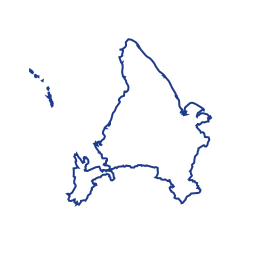 India, Albers equal-area conic projection, rotated 159°
{"feature_id": "IND", "entity_name": "India", "entity_type": "country or territory", "adm_level": 0, "iso_a3": "IND", "parent_name": "Asia", "parent_adm1": "", "projection": "albers", "projection_center": [83.514, 21.122], "detail": "fine", "context": "isolated", "style": "outline", "palette": "blue", "viewbox_px": 256, "rotation_deg": 159, "n_neighbors": 0, "source": "natural_earth", "source_scale": "50m", "svg_char_len": 5837}
<svg xmlns="http://www.w3.org/2000/svg" viewBox="0 0 256 256"><g transform="rotate(159 128 128)"><path d="M46.8,107.8L48.1,107.3L50.0,107.4L50.2,105.5L50.6,105.3L50.8,105.6L54.9,105.9L56.2,106.7L57.4,106.6L57.9,106.1L60.2,105.5L60.5,105.5L60.6,106.3L61.4,106.7L63.3,105.8L63.0,104.7L63.5,104.0L61.6,99.2L61.7,97.6L59.6,97.2L58.8,95.8L59.4,92.1L56.0,90.3L56.3,87.9L58.5,85.9L60.1,83.6L61.6,82.7L62.8,83.3L63.0,84.4L63.6,84.8L69.6,83.7L70.1,82.3L71.1,81.4L72.5,78.9L75.7,77.4L77.6,74.2L78.6,71.9L81.0,71.0L81.7,70.2L81.6,68.9L84.1,66.2L85.7,65.4L85.2,64.4L85.7,62.7L85.3,61.1L85.6,60.5L89.8,58.2L89.4,57.2L86.5,56.3L86.5,54.7L84.9,54.5L84.7,53.1L83.2,51.8L84.1,49.9L83.2,48.5L84.7,47.2L83.0,46.3L83.4,45.3L82.5,44.4L83.5,42.7L85.3,42.1L92.6,44.2L94.3,43.2L97.3,42.9L99.4,41.4L99.7,40.7L103.7,38.5L105.0,38.6L104.8,40.0L106.3,44.1L108.1,44.7L109.6,46.0L109.6,46.5L108.3,47.8L108.6,51.0L110.3,53.1L110.1,53.8L110.6,54.5L110.6,57.2L109.0,58.1L107.9,56.6L106.2,57.0L106.7,58.9L107.9,60.5L107.7,61.9L108.2,62.7L107.8,63.6L107.9,64.5L109.1,64.5L109.3,64.0L109.8,64.1L111.8,66.7L113.4,66.9L115.3,68.0L115.5,69.4L118.1,70.4L119.9,72.0L119.0,72.2L116.5,74.7L115.7,76.6L115.6,78.0L114.7,79.3L114.6,80.3L116.5,81.7L117.4,81.5L124.3,86.5L125.0,86.2L127.6,87.8L128.8,87.8L129.1,88.8L132.2,89.7L133.0,89.1L135.1,89.7L136.6,88.9L139.4,90.1L139.9,91.8L142.3,92.9L143.0,93.6L144.8,93.0L145.5,93.3L146.0,94.5L147.2,94.2L151.1,95.4L152.8,94.6L153.2,95.4L154.3,95.8L155.0,95.4L157.4,95.3L158.3,95.6L159.1,93.4L158.1,90.9L158.9,87.0L158.6,86.0L158.8,85.7L161.2,84.7L162.4,85.2L162.7,86.1L162.2,88.3L163.0,89.6L162.2,90.5L162.9,91.8L164.6,92.7L165.6,92.4L168.0,93.3L170.0,92.8L171.2,91.9L173.4,92.6L176.4,92.3L177.1,91.8L178.5,92.2L180.3,91.7L180.7,91.3L180.2,90.2L180.6,89.0L180.1,88.0L178.7,88.1L177.9,87.4L178.0,86.1L179.9,86.2L180.6,85.7L183.0,85.1L183.7,84.4L183.4,83.9L183.7,83.4L185.5,82.1L186.6,80.2L189.3,79.4L190.4,78.5L190.6,77.8L193.7,75.4L194.6,76.2L198.0,76.8L198.6,75.7L201.3,74.0L202.5,75.2L203.2,75.1L202.0,76.2L202.1,77.2L203.7,76.3L204.6,78.0L203.2,80.4L203.8,80.6L204.9,79.9L205.9,80.4L207.5,80.3L209.0,81.1L209.2,82.9L206.8,85.3L208.3,88.2L207.5,88.1L206.2,87.0L203.2,87.7L197.7,92.3L197.4,93.9L198.0,95.8L197.1,98.0L195.2,100.6L195.1,101.2L196.1,102.2L194.1,107.0L193.3,109.8L190.8,109.2L189.7,109.5L188.7,108.9L189.4,111.3L189.3,114.8L189.0,115.5L188.2,115.5L187.8,117.6L188.4,120.6L187.8,120.9L187.1,122.2L186.0,121.4L185.2,122.4L184.5,118.0L183.7,116.5L182.8,111.7L181.0,111.8L181.1,112.9L180.1,114.4L180.2,115.8L179.5,116.4L178.8,116.0L178.3,115.0L178.0,115.0L178.0,115.8L177.7,115.6L176.7,112.7L177.0,110.5L177.7,109.4L180.5,108.6L180.9,107.5L181.7,107.2L182.3,104.1L183.5,104.3L183.6,103.7L181.2,102.4L172.2,102.9L168.7,102.2L168.5,98.1L167.6,96.4L167.1,96.6L167.0,97.7L166.0,97.7L164.9,97.1L163.9,95.3L163.4,95.5L163.7,96.3L162.9,96.3L162.1,96.1L161.7,95.2L160.3,94.4L160.2,94.9L160.7,95.6L159.2,97.4L158.9,98.7L161.2,100.9L162.7,101.1L163.8,102.5L163.1,103.1L161.1,103.1L160.3,105.0L159.4,104.9L158.7,106.7L159.4,107.6L162.7,108.8L162.7,110.6L162.0,112.7L163.0,114.1L163.0,115.3L164.1,115.7L163.7,116.6L165.0,121.4L165.0,123.6L164.5,123.6L165.2,125.4L164.3,125.4L164.0,124.8L163.4,125.9L163.1,124.9L163.3,123.2L162.7,122.5L162.5,125.4L161.7,125.7L160.8,124.9L160.6,125.7L159.8,125.7L159.4,125.3L160.2,122.5L159.0,121.7L158.7,121.0L158.8,121.8L160.0,122.6L158.8,124.5L157.3,125.6L154.0,126.7L152.6,128.4L152.6,129.2L153.4,131.8L152.1,134.2L150.7,135.2L150.0,136.2L149.2,135.9L149.6,136.4L149.1,136.9L145.4,138.3L144.9,138.3L145.3,137.9L145.0,137.1L143.5,137.9L143.1,138.9L144.2,138.4L144.6,138.7L140.7,141.9L136.9,147.2L134.2,148.7L131.5,151.6L126.6,154.8L126.1,155.8L126.6,156.8L126.0,158.2L123.0,159.6L120.2,159.5L118.3,163.2L117.4,163.1L117.1,162.5L116.3,162.3L114.2,163.4L113.0,165.8L112.7,167.4L113.3,171.2L112.9,172.8L114.0,177.4L113.1,176.0L112.5,176.6L114.2,178.2L113.4,182.4L111.1,186.8L110.4,189.3L110.6,190.1L109.9,191.0L110.6,190.8L110.9,191.7L110.7,197.2L108.8,197.1L107.4,197.5L107.1,198.9L105.0,201.7L104.9,202.4L105.5,203.2L107.9,204.1L105.2,203.6L101.7,204.5L100.2,205.8L99.3,208.9L95.8,210.7L93.1,209.1L90.0,205.3L88.8,201.9L88.4,198.9L89.0,199.5L89.1,201.3L89.6,201.4L89.0,198.9L88.1,197.9L88.2,197.2L85.6,189.8L84.5,187.6L82.6,185.3L81.2,182.0L80.3,178.7L79.9,175.0L78.5,169.7L76.1,165.9L75.3,163.8L76.1,163.9L75.2,162.7L75.6,162.2L74.7,161.8L73.0,156.9L72.4,149.5L71.2,143.0L72.1,140.6L71.9,139.8L71.1,140.9L70.9,140.2L71.1,138.8L72.1,139.0L71.0,138.4L71.1,137.4L70.7,137.0L70.5,135.4L72.1,130.1L71.8,127.3L71.2,126.9L70.9,125.6L71.5,125.0L70.8,125.0L73.8,123.4L70.5,123.5L70.9,122.4L71.6,121.8L70.5,121.7L70.8,120.6L72.3,120.2L68.7,119.7L69.4,120.3L69.2,120.9L67.7,122.5L68.7,123.2L68.8,124.4L67.3,126.7L61.4,128.9L59.6,128.8L58.3,128.1L55.9,125.7L51.6,120.1L50.5,118.1L51.0,117.3L52.2,118.3L57.5,116.9L59.6,114.4L59.5,113.8L58.6,114.7L57.3,114.6L54.7,115.5L52.3,114.7L49.1,112.3L48.1,109.8L50.3,108.2L47.1,109.5L46.8,107.8ZM189.8,188.2L189.5,188.2L188.6,186.2L189.3,184.1L190.0,183.9L189.5,181.9L190.0,176.8L190.4,175.9L191.2,175.5L191.3,176.4L191.0,176.9L191.3,177.6L190.3,179.4L190.8,179.9L191.1,181.9L190.4,182.6L190.5,183.8L189.8,185.4L190.2,186.1L189.8,188.2ZM199.1,216.1L198.5,217.5L197.3,215.9L197.4,214.9L198.3,214.5L199.1,216.1ZM188.8,194.4L188.0,194.5L187.8,193.3L188.8,192.3L189.2,193.5L188.8,194.4ZM195.6,210.7L195.2,210.7L194.9,209.9L195.2,209.9L195.6,210.7ZM196.2,209.6L195.8,209.8L195.8,208.5L196.1,208.6L196.2,209.6ZM197.7,213.8L197.1,214.4L196.8,214.1L197.4,213.5L197.7,213.8ZM191.2,202.9L190.6,203.0L190.9,202.5L191.2,202.9ZM189.7,189.2L189.1,189.2L189.3,188.4L189.7,188.7L189.7,189.2ZM191.5,185.0L191.8,185.8L191.1,185.2L191.5,185.0ZM193.3,207.9L193.8,208.7L193.1,208.4L193.3,207.9ZM189.4,179.4L189.2,180.3L189.3,179.3L189.4,179.4Z" fill="none" stroke="#1e3a8a" stroke-width="2"/></g></svg>